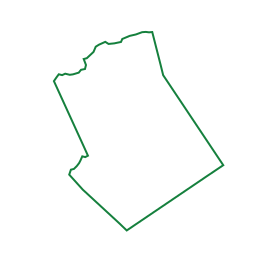 Santa Maria, Rio Grande do Norte, Brazil, rotated 145°
{"feature_id": "56859067B38778950588818", "entity_name": "Santa Maria", "entity_type": "district", "adm_level": 2, "iso_a3": "BRA", "parent_name": "Brazil", "parent_adm1": "Rio Grande do Norte", "projection": "robinson", "projection_center": [-35.718, -5.794], "detail": "fine", "context": "isolated", "style": "outline", "palette": "green", "viewbox_px": 256, "rotation_deg": 145, "n_neighbors": 0, "source": "geoboundaries", "source_scale": "gbopen_adm2", "svg_char_len": 730}
<svg xmlns="http://www.w3.org/2000/svg" viewBox="0 0 256 256"><g transform="rotate(145 128 128)"><path d="M71.3,42.9L68.9,151.1L65.0,161.2L53.1,192.7L55.9,194.3L58.3,196.5L61.5,198.4L67.9,200.1L73.8,202.5L81.6,204.2L84.4,202.5L87.4,203.8L90.7,205.2L95.7,208.0L97.2,211.6L104.0,212.9L107.8,213.1L112.6,210.1L118.2,209.3L121.7,208.8L124.7,209.9L126.3,203.7L129.4,201.0L133.1,202.6L136.6,201.6L142.3,203.5L145.2,205.0L148.3,208.5L151.6,209.1L153.9,211.7L157.5,210.5L161.8,208.9L174.8,138.4L176.7,128.3L179.7,128.7L181.7,131.0L185.7,128.6L188.2,127.3L191.7,126.2L195.8,125.5L198.7,126.6L202.9,123.5L200.4,103.4L189.6,54.0L189.0,50.8L187.8,44.8L104.7,43.5L91.3,43.3L71.3,42.9Z" fill="none" stroke="#15803d" stroke-width="2"/></g></svg>